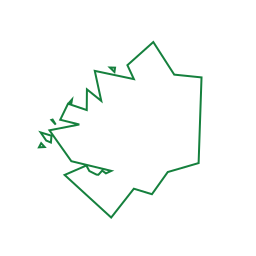 Zhejiang, Natural Earth projection, rotated 203°
{"feature_id": "CHN-1820", "entity_name": "Zhejiang", "entity_type": "Province", "adm_level": 1, "iso_a3": "CHN", "parent_name": "China", "parent_adm1": "", "projection": "natural_earth1", "projection_center": [120.785, 29.18], "detail": "coarse", "context": "isolated", "style": "outline", "palette": "green", "viewbox_px": 256, "rotation_deg": 203, "n_neighbors": 0, "source": "natural_earth", "source_scale": "10m", "svg_char_len": 731}
<svg xmlns="http://www.w3.org/2000/svg" viewBox="0 0 256 256"><g transform="rotate(203 128 128)"><path d="M168.0,60.0L151.7,77.2L146.8,73.3L138.8,72.8L137.0,73.4L135.1,78.7L130.6,77.6L126.6,82.0L167.2,75.3L199.4,95.2L174.2,112.2L193.6,109.1L192.7,126.9L173.0,128.4L180.9,147.5L163.2,142.5L180.9,167.6L141.7,175.3L153.1,185.6L138.3,217.0L106.3,195.2L80.1,203.3L49.3,123.3L74.2,103.0L80.1,76.4L98.9,74.4L108.5,39.0L168.0,60.0ZM206.7,89.8L195.4,91.0L193.3,84.5L198.4,84.5L206.7,89.8ZM162.4,174.3L168.3,176.6L163.5,178.5L162.4,174.3ZM202.4,75.4L202.0,80.1L197.3,77.9L202.4,75.4ZM195.9,102.9L201.6,105.5L200.7,106.3L195.9,102.9ZM192.1,128.2L190.7,132.4L189.9,129.0L192.1,128.2Z" fill="none" stroke="#15803d" stroke-width="2"/></g></svg>